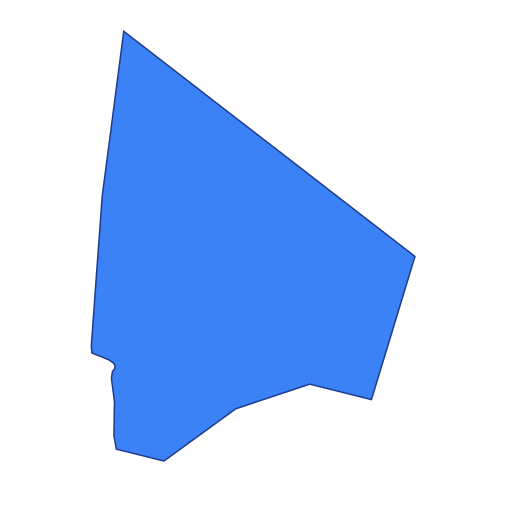 outline of Al Maslub, Al Jawf, Yemen, rotated 275°
{"feature_id": "15242507B10963365532335", "entity_name": "Al Maslub", "entity_type": "district", "adm_level": 2, "iso_a3": "YEM", "parent_name": "Yemen", "parent_adm1": "Al Jawf", "projection": "mercator", "projection_center": [44.561, 16.096], "detail": "fine", "context": "isolated", "style": "filled", "palette": "blue", "viewbox_px": 512, "rotation_deg": 275, "n_neighbors": 0, "source": "geoboundaries", "source_scale": "gbopen_adm2", "svg_char_len": 755}
<svg xmlns="http://www.w3.org/2000/svg" viewBox="0 0 512 512"><g transform="rotate(275 256 256)"><path d="M123.0,383.5L192.9,398.3L193.1,398.3L269.4,414.4L289.5,383.1L290.9,381.0L296.0,373.0L298.1,369.7L300.1,366.6L364.7,266.1L373.5,252.3L393.9,220.5L397.1,215.5L408.4,197.9L415.4,187.1L421.8,177.1L432.0,161.2L460.9,116.2L468.3,104.7L409.9,102.2L386.7,101.2L357.4,100.0L344.5,99.4L335.6,99.0L325.6,98.6L310.4,97.9L301.9,97.6L291.7,97.7L289.9,97.8L259.4,98.2L231.1,98.6L151.7,99.8L145.1,101.0L139.8,118.3L136.9,123.4L134.5,125.0L131.5,125.2L128.5,123.1L126.0,122.9L121.8,122.6L98.0,127.8L88.7,128.4L64.7,130.1L51.4,133.7L43.9,181.1L43.7,182.1L102.0,249.1L111.0,269.8L133.0,320.6L123.0,383.5Z" fill="#3b82f6" stroke="#1e3a8a" stroke-width="1.5"/></g></svg>